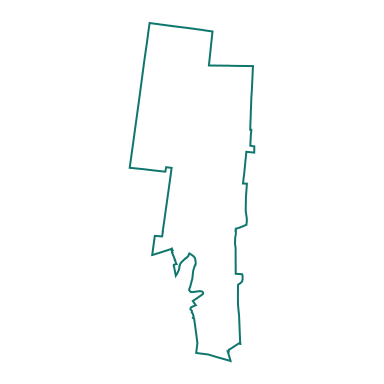 Modelu, Calarasi, Romania (Natural Earth projection)
{"feature_id": "2599482B1796391595822", "entity_name": "Modelu", "entity_type": "district", "adm_level": 2, "iso_a3": "ROU", "parent_name": "Romania", "parent_adm1": "Calarasi", "projection": "natural_earth1", "projection_center": [27.399, 44.232], "detail": "fine", "context": "isolated", "style": "outline", "palette": "teal", "viewbox_px": 384, "rotation_deg": 0, "n_neighbors": 0, "source": "geoboundaries", "source_scale": "gbopen_adm2", "svg_char_len": 4099}
<svg xmlns="http://www.w3.org/2000/svg" viewBox="0 0 384 384"><path d="M196.2,352.9L197.6,353.1L198.7,353.3L208.3,354.5L215.8,356.8L225.1,359.4L227.1,360.0L227.7,360.1L230.4,360.9L230.6,361.0L230.6,360.9L229.9,358.5L227.7,351.4L228.7,351.6L228.8,350.5L228.8,349.8L229.0,349.8L233.5,346.9L236.7,344.8L237.9,344.0L239.7,342.9L239.9,342.8L239.9,343.1L239.9,343.4L239.8,343.7L239.9,343.8L240.1,344.0L240.4,344.0L240.4,343.6L240.3,343.3L240.2,343.1L239.9,336.3L239.1,316.4L239.0,315.0L238.8,313.1L238.0,304.8L237.9,297.8L238.0,285.3L238.1,285.1L238.1,284.7L240.6,283.0L242.1,281.5L242.6,279.2L242.6,275.8L242.1,274.2L235.7,273.8L235.6,251.7L235.6,247.9L235.0,243.9L235.1,240.7L235.2,237.5L235.8,234.6L235.9,230.8L235.5,230.7L235.8,228.7L237.7,228.2L238.6,227.9L239.1,227.8L240.3,227.3L241.0,227.0L242.6,226.4L243.4,226.1L244.7,225.5L246.2,224.8L246.4,224.8L246.8,221.4L246.8,218.6L245.7,210.7L245.9,197.9L246.9,183.7L243.0,183.5L243.4,180.3L243.6,178.2L243.9,176.0L244.1,174.4L244.5,170.6L244.9,166.5L245.1,164.7L245.5,160.1L245.8,157.6L246.2,153.2L246.3,151.8L254.2,152.6L254.3,148.9L254.3,147.6L254.3,146.4L250.3,145.7L250.4,143.1L250.7,138.4L250.7,137.5L250.8,135.2L250.9,134.1L251.2,131.4L251.3,129.8L251.2,129.8L250.2,129.7L250.7,116.0L250.9,109.8L251.1,105.4L251.2,102.1L251.3,98.5L251.5,95.3L251.8,91.3L252.2,82.7L252.8,69.6L253.0,66.1L229.9,65.8L229.6,65.7L208.9,65.5L212.5,31.5L210.5,31.2L209.8,31.1L209.0,31.0L207.6,30.8L205.6,30.5L204.3,30.3L202.2,29.9L201.6,29.9L199.9,29.6L199.0,29.5L198.2,29.4L195.8,29.1L192.6,28.6L191.5,28.5L191.4,28.5L189.7,28.3L189.6,28.2L188.7,28.1L186.4,27.8L183.7,27.5L182.2,27.3L180.8,27.1L179.0,26.9L177.6,26.7L177.0,26.7L176.8,26.6L175.8,26.5L175.3,26.4L175.2,26.4L174.8,26.4L174.3,26.3L174.2,26.3L173.9,26.3L173.8,26.2L173.6,26.2L173.3,26.2L173.2,26.2L172.9,26.1L172.6,26.1L172.3,26.1L172.2,26.0L171.9,26.0L171.7,26.0L171.4,25.9L171.1,25.9L170.8,25.9L170.7,25.8L170.4,25.8L170.2,25.8L169.9,25.8L169.8,25.7L169.6,25.7L169.3,25.7L169.2,25.7L168.9,25.6L168.7,25.6L168.4,25.6L168.1,25.5L167.9,25.5L167.6,25.4L167.3,25.4L165.7,25.2L164.9,25.1L162.1,24.7L158.8,24.3L158.7,24.2L151.5,23.3L149.6,23.0L148.3,32.2L147.1,41.4L144.3,60.8L143.5,66.7L142.0,78.1L139.7,95.4L135.0,129.5L133.0,144.1L131.0,158.5L129.7,167.8L143.7,169.2L154.4,170.5L165.2,171.7L165.3,171.7L166.2,167.2L171.6,167.9L170.2,178.4L169.4,184.2L166.4,205.5L165.3,213.4L164.1,221.9L162.7,231.6L162.9,231.7L162.1,236.4L154.8,235.9L152.8,250.6L152.7,251.6L152.2,255.0L152.8,254.9L157.4,253.4L158.3,253.2L162.2,251.9L169.1,249.7L169.5,249.5L170.2,249.3L170.5,249.2L170.8,249.1L171.0,249.0L171.5,248.9L171.8,248.8L171.9,248.7L172.0,249.0L172.2,249.4L172.3,249.7L172.4,249.9L172.6,250.3L172.4,250.4L171.8,250.6L172.0,251.2L172.4,252.3L172.0,252.4L174.9,259.6L174.7,259.6L175.9,262.7L176.4,263.8L176.5,264.0L176.4,264.0L173.8,264.8L173.7,265.2L173.9,266.4L174.0,266.4L175.8,275.7L177.6,272.8L177.8,272.1L178.6,270.6L178.8,270.1L178.9,269.5L179.2,268.5L179.4,267.4L179.4,267.0L179.5,266.6L179.3,266.2L179.8,265.4L180.0,265.0L180.1,264.5L180.1,264.2L180.5,263.4L181.3,262.5L181.4,262.2L182.2,261.5L182.4,261.3L183.3,260.5L183.9,259.8L184.0,259.8L184.6,259.2L184.8,259.1L185.1,258.9L185.3,258.7L186.0,258.2L185.9,258.1L186.4,257.8L187.2,257.0L187.4,256.9L188.0,256.4L188.2,256.1L188.4,255.6L188.6,255.2L188.7,254.9L188.9,254.5L188.9,254.4L189.1,253.8L189.2,253.5L189.3,253.4L189.7,253.6L192.3,255.3L194.0,256.7L194.6,257.6L194.9,257.9L195.0,258.3L195.2,259.0L195.5,261.0L195.6,261.8L195.7,262.9L195.6,264.0L195.5,264.8L195.3,265.4L195.0,265.5L194.8,265.5L193.3,270.5L193.0,272.3L192.6,276.3L192.4,278.4L191.8,280.6L190.1,287.1L189.5,288.3L189.2,289.2L189.2,290.3L190.6,291.9L192.4,292.1L199.9,291.1L201.3,291.4L202.4,291.7L202.9,292.2L203.1,292.8L203.0,293.7L202.7,294.2L202.2,294.6L201.9,294.8L197.9,297.6L192.8,301.0L195.8,305.2L191.7,307.0L190.7,307.7L190.4,309.2L190.9,309.8L191.8,310.6L191.9,310.9L191.8,312.6L192.4,313.1L192.6,313.3L192.9,314.0L193.3,315.5L193.6,316.1L193.6,316.5L192.9,317.9L194.1,318.4L196.3,334.5L197.4,343.0L197.0,346.3L196.2,352.9Z" fill="none" stroke="#0f766e" stroke-width="2"/></svg>